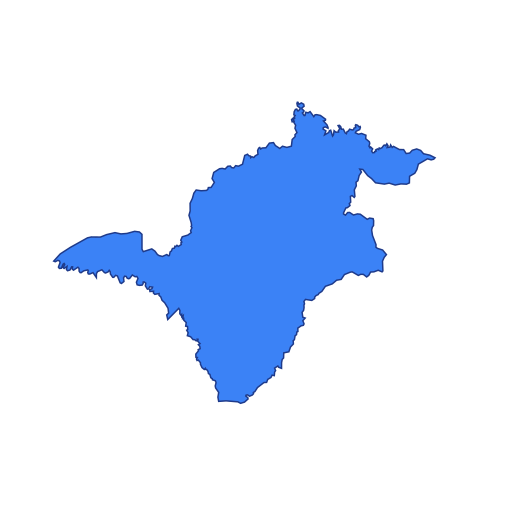 the district of Cértegui, Chocó, Colombia, rotated 346°
{"feature_id": "7082276B47980594061529", "entity_name": "Cértegui", "entity_type": "district", "adm_level": 2, "iso_a3": "COL", "parent_name": "Colombia", "parent_adm1": "Chocó", "projection": "natural_earth1", "projection_center": [-76.545, 5.385], "detail": "fine", "context": "isolated", "style": "filled", "palette": "blue", "viewbox_px": 512, "rotation_deg": 346, "n_neighbors": 0, "source": "geoboundaries", "source_scale": "gbopen_adm2", "svg_char_len": 6132}
<svg xmlns="http://www.w3.org/2000/svg" viewBox="0 0 512 512"><g transform="rotate(346 256 256)"><path d="M184.6,388.0L191.9,389.3L203.1,393.1L205.4,395.2L209.5,395.0L213.7,392.8L213.8,391.5L212.2,389.4L212.7,388.6L214.2,388.7L215.8,390.5L218.8,390.0L220.3,389.0L220.4,387.8L222.1,387.3L225.6,384.0L233.1,380.7L235.7,381.2L237.5,378.6L241.1,377.5L242.8,375.5L244.8,376.5L246.0,373.1L247.3,371.9L246.9,369.3L250.6,368.0L251.1,369.5L253.6,371.2L255.0,365.7L256.4,362.7L258.1,361.6L259.5,356.7L264.7,356.9L267.5,352.6L271.0,350.4L271.6,347.2L273.0,346.5L274.6,342.9L276.3,342.1L277.2,339.6L278.4,339.4L279.1,336.1L282.8,334.7L285.2,334.7L286.2,333.5L285.8,330.1L288.7,328.1L286.6,326.7L287.1,321.8L289.0,320.3L290.1,317.8L290.7,315.1L291.5,314.2L291.5,311.7L293.5,310.1L299.4,312.6L302.6,311.5L303.0,310.1L304.7,308.9L307.0,308.5L308.1,307.4L311.3,306.3L316.0,302.2L323.3,301.5L328.3,299.0L333.0,299.3L337.3,295.4L343.5,294.5L345.5,294.7L350.6,299.6L353.2,299.1L355.7,299.8L358.3,303.1L360.7,302.1L363.3,299.3L366.6,299.9L371.1,299.4L374.5,301.9L375.5,301.2L377.5,291.6L380.1,288.3L382.9,286.2L380.3,280.8L375.7,278.0L374.5,276.5L375.2,274.0L374.0,264.3L374.5,258.8L375.8,256.2L377.4,254.9L378.7,250.2L378.7,248.1L375.4,246.7L372.8,247.3L367.3,240.7L364.6,239.7L360.5,239.8L357.4,236.4L355.4,236.0L352.7,238.0L351.1,236.4L351.4,235.3L354.8,231.1L356.4,231.2L359.4,229.8L359.2,227.7L360.9,226.7L362.0,221.0L363.8,220.6L365.5,222.9L366.4,222.1L367.4,215.6L370.3,212.2L370.9,208.6L373.1,207.6L375.6,202.8L378.6,200.1L377.7,196.8L380.6,197.9L383.8,205.0L386.9,208.9L389.7,213.9L398.0,217.3L402.8,217.5L408.2,220.8L414.0,221.1L419.4,222.7L422.5,222.2L424.3,215.8L430.1,214.1L433.0,211.1L435.8,206.1L445.9,203.2L449.2,205.1L451.8,205.1L453.5,204.0L449.2,200.3L443.3,197.3L441.3,193.4L437.8,191.0L433.2,191.2L430.0,193.3L426.5,192.9L425.0,188.5L420.9,187.4L415.9,182.9L414.4,183.6L413.5,180.8L412.3,182.8L409.5,182.5L410.8,181.0L410.1,178.8L408.6,180.4L407.9,179.5L406.8,179.5L404.4,181.4L402.5,181.8L401.7,181.0L400.8,182.4L399.9,181.5L398.2,181.8L397.7,182.1L398.0,183.2L396.4,183.4L396.1,184.3L394.3,184.1L393.5,182.2L395.1,180.3L393.6,177.9L392.8,178.6L392.2,176.8L393.6,174.3L393.6,172.6L390.8,168.7L391.9,165.4L388.0,162.6L385.0,162.7L382.2,160.5L383.3,159.2L387.2,158.4L388.4,156.5L388.4,155.5L387.1,155.5L386.2,153.7L384.6,152.7L384.0,153.2L383.8,155.5L382.1,155.6L381.2,157.0L379.9,157.0L377.5,155.6L375.8,157.2L374.5,157.3L373.3,159.2L372.3,158.1L371.4,154.0L369.6,153.7L369.5,151.0L368.6,149.4L367.2,149.3L368.1,152.8L366.2,154.4L366.1,155.7L363.4,155.2L362.1,153.3L360.4,157.3L359.3,158.2L358.9,152.0L357.6,152.2L356.4,153.8L351.8,155.1L354.1,151.5L351.8,149.1L352.4,147.7L354.5,147.5L356.8,149.5L357.0,148.7L356.6,145.9L354.1,141.3L356.2,141.1L356.6,140.1L352.5,135.2L349.0,133.5L347.4,133.3L345.8,134.8L343.4,129.0L341.2,129.7L339.1,128.6L337.5,131.5L336.7,131.4L335.6,128.4L337.3,127.6L337.7,126.7L336.1,124.2L336.3,123.5L338.9,122.3L339.0,120.3L337.0,118.4L334.3,119.2L333.9,117.0L333.3,116.8L332.6,117.9L332.5,120.5L334.6,123.1L334.2,124.1L332.3,125.4L331.5,125.2L331.1,123.3L329.7,123.3L327.9,125.3L326.9,128.2L328.0,129.1L326.4,130.6L327.3,132.1L326.0,131.3L325.3,133.4L324.7,131.5L323.5,132.3L323.5,134.6L325.6,134.7L325.1,135.7L326.1,138.7L324.7,141.5L325.6,146.2L323.1,147.8L322.9,149.6L319.3,151.7L316.9,158.0L312.2,158.1L308.3,155.9L305.1,157.4L301.5,153.5L300.4,150.2L296.3,149.7L291.8,153.4L288.1,152.7L286.4,153.3L285.9,151.6L284.7,152.0L283.1,154.0L282.5,157.8L279.5,158.6L277.7,159.9L276.1,158.7L274.6,159.3L274.8,157.7L273.2,156.9L272.4,155.2L269.4,155.7L265.1,163.7L260.7,164.6L258.1,163.4L255.7,165.2L253.7,164.3L252.9,162.5L250.3,162.1L247.1,164.1L244.4,162.8L241.8,162.5L235.2,164.7L232.1,170.3L233.4,174.5L229.1,178.6L226.3,178.1L225.4,179.7L223.8,180.4L218.5,179.4L213.9,177.5L210.9,180.0L208.1,184.9L204.8,188.9L203.0,196.4L200.8,200.3L201.2,208.0L200.9,210.8L200.1,211.7L200.7,213.0L198.6,215.7L198.8,217.6L195.0,219.2L189.1,219.5L186.8,222.5L187.4,224.6L186.3,225.1L186.3,226.8L182.9,227.9L181.9,226.5L180.4,227.5L179.7,226.9L178.6,228.7L176.7,228.5L175.1,230.7L173.7,231.2L172.0,234.6L170.9,234.5L169.8,233.0L165.1,233.8L162.0,232.1L160.7,230.7L159.1,226.8L156.6,223.9L147.7,224.5L147.0,221.9L150.6,207.4L148.7,204.5L144.2,202.7L136.3,202.9L130.3,201.9L124.8,199.2L116.2,199.1L109.6,200.0L100.8,197.7L96.9,197.6L78.0,202.7L66.6,206.6L58.5,212.0L59.8,213.0L62.6,212.3L64.1,213.2L64.3,215.0L61.6,219.0L62.2,220.5L64.2,220.8L66.8,217.3L68.0,216.8L68.4,217.8L66.1,220.7L66.8,221.7L70.1,220.4L68.8,223.3L69.6,224.7L72.1,224.6L74.5,221.9L75.4,222.1L74.6,224.4L75.5,225.6L80.5,223.8L81.3,225.3L80.7,227.9L81.3,229.5L82.2,229.9L85.3,228.7L89.4,228.8L89.7,229.5L88.7,231.5L89.0,232.9L90.4,233.3L93.8,232.7L95.9,238.3L96.9,234.5L98.5,232.8L103.1,232.1L104.9,235.4L105.9,236.1L108.8,235.6L110.1,234.4L110.7,235.9L110.4,238.3L111.8,242.0L112.8,242.3L115.1,240.8L116.7,241.8L117.7,249.1L118.8,250.1L121.7,248.8L122.2,245.2L123.6,243.8L125.1,244.4L125.6,246.3L126.7,247.2L128.0,247.2L131.4,244.5L133.7,246.9L135.4,247.0L136.1,249.2L133.6,252.5L133.7,255.2L135.8,256.3L138.5,256.7L139.8,255.5L140.2,254.0L141.1,254.0L142.5,255.7L141.4,258.2L142.6,261.9L143.7,262.0L145.5,260.1L148.1,261.2L147.1,262.6L144.7,262.9L144.5,264.8L148.1,265.4L147.5,267.0L148.5,268.7L152.9,269.0L152.4,270.7L153.7,272.6L154.1,276.2L156.1,279.3L158.0,285.4L157.4,290.3L155.1,291.6L155.0,296.3L168.4,288.1L169.0,290.4L168.1,293.6L168.9,295.4L169.7,294.8L169.3,297.1L170.9,296.2L169.7,299.1L170.7,299.0L170.4,300.8L172.2,303.7L170.8,307.1L172.5,307.8L172.0,310.8L170.8,311.2L171.6,314.0L170.1,316.7L173.0,318.5L174.7,321.9L176.3,322.4L177.4,323.9L178.6,323.8L178.8,322.5L179.6,322.8L178.8,324.5L180.5,327.5L178.6,328.1L179.6,329.9L179.4,332.4L177.2,332.9L177.2,334.1L173.9,336.6L173.2,339.7L174.5,340.3L173.3,341.5L173.5,343.1L174.8,343.0L176.3,346.1L175.9,347.6L176.6,351.2L178.3,353.5L179.4,352.9L179.2,353.7L180.6,354.1L181.5,356.3L181.4,358.6L182.6,359.7L182.7,363.2L183.9,364.5L183.8,365.6L186.4,367.2L186.6,369.3L185.0,372.2L184.9,374.3L186.8,379.3L184.9,383.7L184.6,388.0Z" fill="#3b82f6" stroke="#1e3a8a" stroke-width="1.5"/></g></svg>